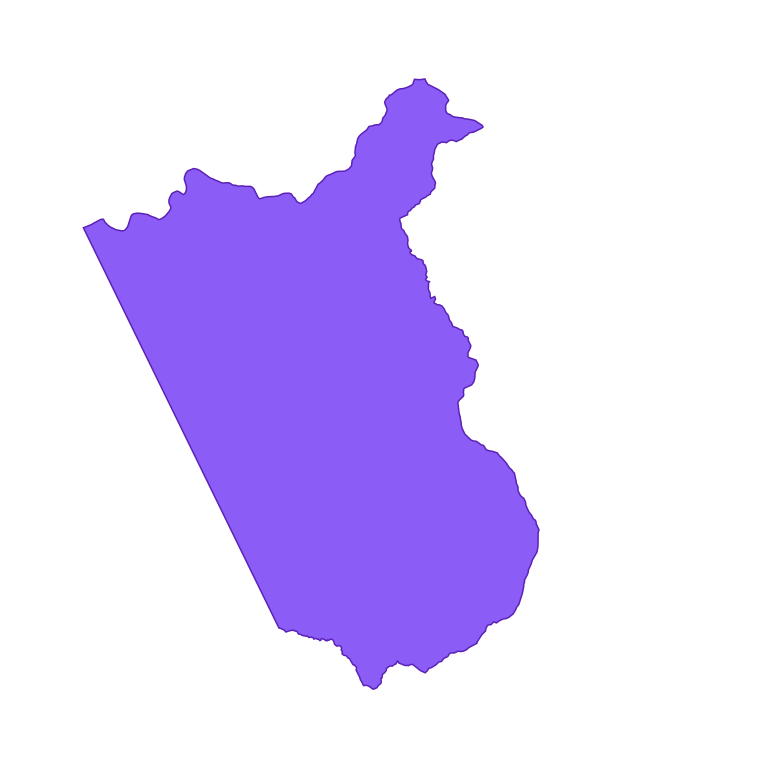 the district of Sarapiqui, Heredia, Costa Rica, rotated 334°
{"feature_id": "36466004B54791236061025", "entity_name": "Sarapiqui", "entity_type": "district", "adm_level": 2, "iso_a3": "CRI", "parent_name": "Costa Rica", "parent_adm1": "Heredia", "projection": "mercator", "projection_center": [-83.949, 10.488], "detail": "fine", "context": "isolated", "style": "filled", "palette": "violet", "viewbox_px": 768, "rotation_deg": 334, "n_neighbors": 0, "source": "geoboundaries", "source_scale": "gbopen_adm2", "svg_char_len": 6171}
<svg xmlns="http://www.w3.org/2000/svg" viewBox="0 0 768 768"><g transform="rotate(334 384 384)"><path d="M403.4,644.6L405.3,642.8L408.6,641.2L416.7,632.7L421.2,626.7L421.4,625.7L423.2,624.0L424.6,621.6L429.3,618.2L431.2,616.3L432.2,614.5L437.0,610.6L440.1,607.3L447.8,602.1L451.2,597.5L456.7,586.5L458.0,584.4L459.4,583.0L459.5,576.6L460.3,574.1L460.3,572.7L459.5,571.5L459.1,570.2L459.1,566.7L458.2,562.9L458.2,560.0L458.4,554.8L459.1,553.3L459.5,551.2L459.5,547.7L458.9,547.1L457.7,543.8L457.7,538.8L459.3,535.3L459.5,530.8L460.0,529.9L462.1,521.2L461.5,519.5L461.1,516.8L460.0,514.7L459.3,508.8L457.4,501.8L456.4,499.8L455.6,495.5L451.9,492.0L449.3,490.2L447.5,488.5L446.9,486.8L446.7,483.7L446.2,482.4L444.6,481.1L442.0,476.1L439.2,474.2L437.6,472.4L434.7,464.4L434.8,457.9L435.4,454.9L436.7,451.8L437.0,450.1L438.1,446.8L438.8,443.0L441.2,436.0L441.6,435.5L441.6,434.4L442.3,433.0L443.3,432.2L444.9,431.4L450.0,429.8L451.0,428.6L451.7,426.4L453.5,423.4L454.9,423.0L462.4,423.2L465.4,421.6L468.0,418.8L471.1,413.3L476.4,409.2L477.1,408.0L477.2,402.8L472.2,397.8L471.6,396.9L471.6,396.2L473.1,392.8L477.6,389.3L478.9,387.5L478.8,382.2L479.7,380.0L479.8,378.9L479.6,378.4L477.4,376.4L477.3,373.7L478.0,371.7L478.0,369.9L476.0,368.2L474.7,366.2L471.1,362.3L471.5,358.3L471.0,356.2L471.0,354.5L471.7,351.6L471.8,349.7L470.9,346.9L471.0,342.9L470.3,339.4L468.7,337.3L466.2,335.8L465.8,334.5L464.5,333.1L464.8,332.3L467.5,330.3L467.8,329.3L467.8,327.6L463.6,327.5L463.9,325.8L465.4,321.8L465.2,320.3L465.4,318.4L468.3,312.7L469.7,312.0L467.8,310.2L467.4,309.1L467.5,307.8L469.6,307.0L469.3,304.1L471.8,301.5L473.0,296.2L472.8,294.7L472.0,292.9L473.0,290.8L473.0,290.0L472.0,288.6L468.6,285.7L467.8,282.2L466.1,280.6L465.1,278.8L465.1,277.1L465.4,276.5L466.6,276.7L467.2,275.9L466.0,273.1L466.0,270.9L466.7,268.2L468.5,265.4L469.6,262.2L469.5,259.9L469.0,259.0L469.0,254.5L468.1,252.8L468.0,251.2L469.6,247.2L469.6,245.4L470.3,242.8L471.2,241.9L479.3,242.2L480.4,240.5L481.4,239.6L483.6,239.6L486.4,238.3L489.0,238.0L490.9,236.9L494.9,237.3L496.8,235.6L497.2,234.9L498.6,234.3L503.5,234.3L505.3,233.7L508.7,233.7L510.4,231.9L515.5,230.2L516.7,228.0L518.0,226.5L518.7,224.9L518.4,218.2L518.9,215.7L519.3,214.9L521.3,212.9L522.5,210.9L522.8,208.3L523.7,206.4L527.2,203.4L528.6,200.2L529.9,199.0L532.4,195.5L537.2,191.9L541.5,191.9L543.4,192.6L546.0,194.5L548.6,194.0L550.4,194.0L552.7,195.1L555.3,197.8L560.0,197.8L561.0,198.1L565.9,196.7L568.0,196.7L570.1,195.8L572.1,195.9L574.7,196.9L583.8,196.9L585.7,196.4L585.6,194.5L581.0,186.9L575.2,182.4L573.1,181.3L570.8,178.9L569.0,178.0L563.8,174.5L562.3,172.6L561.4,170.6L560.8,170.3L559.3,168.1L559.4,165.3L561.5,160.7L563.5,159.1L565.3,158.3L566.5,157.2L565.8,150.2L561.9,143.2L554.8,133.9L554.4,131.7L554.5,127.7L549.6,126.2L544.9,123.5L541.6,126.9L540.1,127.5L535.2,127.6L531.2,127.0L527.6,125.7L524.4,125.5L518.0,127.1L516.4,127.2L515.5,126.7L514.2,127.7L510.8,128.8L508.1,130.9L507.6,133.4L507.4,137.8L506.5,139.7L502.4,143.3L499.5,144.4L497.4,147.2L495.1,148.4L493.1,148.6L489.2,147.1L486.5,146.9L483.5,145.9L479.5,148.2L473.8,149.2L470.5,150.3L468.3,151.7L466.8,153.3L464.7,156.1L462.7,157.8L459.0,163.8L458.9,165.1L458.4,166.1L457.6,166.8L453.4,169.0L450.5,173.6L446.8,175.3L442.1,175.5L435.6,172.6L433.6,172.2L428.6,172.2L424.0,171.8L422.0,172.3L418.4,174.1L413.6,175.5L412.4,175.5L404.1,181.6L402.0,182.1L399.8,183.3L398.7,183.3L393.7,184.9L388.7,185.2L388.2,185.1L386.7,183.5L385.6,181.9L385.3,177.5L384.3,175.8L384.2,173.1L383.6,172.0L382.2,170.8L377.9,168.9L376.3,168.6L371.4,168.5L367.3,167.2L361.6,164.7L357.5,163.6L354.3,163.3L353.2,162.8L352.6,161.3L352.6,152.0L352.1,149.9L350.7,147.9L345.7,145.4L343.7,143.9L339.7,142.3L337.4,140.1L336.4,139.7L334.9,138.4L333.8,136.2L332.6,135.1L328.6,133.2L328.0,133.2L326.4,132.2L324.0,129.2L321.4,126.5L321.0,125.6L318.3,122.9L312.1,111.4L310.3,109.1L307.4,106.9L300.9,106.4L298.0,107.9L295.2,110.8L294.1,112.8L293.1,120.0L292.5,120.7L291.8,122.3L290.1,124.4L288.3,125.5L286.8,125.7L285.8,124.4L285.7,123.9L284.9,123.2L284.9,122.7L283.5,120.6L282.6,119.9L281.0,119.7L277.7,119.7L276.7,119.9L273.4,122.3L271.8,123.8L270.8,125.3L270.0,127.7L270.0,131.6L268.8,133.2L266.5,134.7L261.0,137.1L256.5,137.9L253.9,137.7L250.9,133.8L249.7,132.8L246.4,129.0L246.4,128.5L242.1,125.3L238.4,123.0L237.9,123.0L237.7,122.5L234.1,121.3L231.9,121.3L230.2,122.3L222.7,130.1L218.9,132.1L217.3,132.1L214.8,131.1L213.8,130.0L213.3,129.9L210.6,127.7L207.0,123.1L205.0,119.3L204.9,118.2L204.1,116.2L204.1,113.4L203.7,112.6L201.3,111.9L192.5,112.2L192.0,112.5L182.3,111.8L182.6,557.3L184.3,558.8L186.4,561.4L187.1,563.9L190.4,564.3L194.9,565.5L194.9,566.2L197.4,568.4L197.4,570.4L197.7,571.4L199.0,572.2L200.9,574.8L202.0,575.3L203.1,576.4L204.6,577.0L205.4,579.0L206.9,579.2L209.0,580.8L209.2,582.6L210.7,582.5L212.8,584.7L213.4,584.8L213.9,586.5L215.2,586.5L215.7,585.6L216.5,585.7L218.6,587.5L218.8,588.9L219.7,589.1L220.4,589.9L221.1,589.3L222.2,590.2L224.1,589.9L225.6,591.0L226.1,593.5L225.4,595.9L226.2,598.2L226.9,599.0L228.9,599.4L230.3,601.2L230.0,603.1L228.9,604.2L229.2,606.7L228.2,607.6L228.2,608.6L228.9,610.1L231.0,611.8L231.6,614.6L232.6,615.5L233.0,622.3L233.6,623.4L234.5,623.8L234.5,625.0L235.0,626.5L234.8,627.4L233.5,628.9L233.6,636.5L233.1,639.9L233.4,641.6L233.4,646.1L236.5,647.3L238.1,649.3L240.3,653.5L241.8,653.8L244.6,653.9L246.7,652.5L249.8,651.8L251.0,650.5L252.0,647.7L252.4,647.3L253.4,647.3L255.4,644.3L257.8,643.8L260.3,642.6L261.4,640.8L265.0,640.1L266.1,640.2L267.7,641.2L270.1,640.7L272.2,640.8L273.2,639.7L274.6,638.9L275.1,639.6L274.8,640.0L275.0,641.3L279.7,646.4L281.6,647.1L282.2,647.8L285.2,647.8L286.9,648.7L291.1,657.6L294.4,661.6L297.1,660.8L299.6,659.3L302.3,659.7L307.4,659.2L311.5,657.9L313.4,658.5L314.2,658.5L317.6,656.8L321.3,656.9L322.5,656.6L324.0,655.4L325.1,655.0L326.7,655.2L329.3,656.6L333.4,656.6L335.3,657.9L337.8,658.9L341.8,659.0L344.7,658.1L353.4,657.8L354.1,657.6L354.6,656.7L362.2,652.1L366.8,650.6L368.7,648.2L371.3,646.3L372.9,646.5L374.1,647.1L375.1,647.1L378.1,645.9L380.4,648.0L383.8,647.4L387.4,647.4L388.9,647.6L390.8,648.4L394.1,648.4L399.2,647.3L403.4,644.6Z" fill="#8b5cf6" stroke="#5b21b6" stroke-width="1.5"/></g></svg>